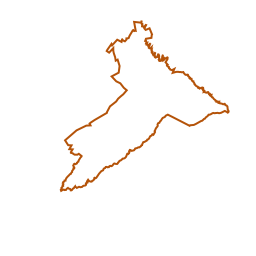 outline of Zvimba, Mashonaland West, Zimbabwe, rotated 220°
{"feature_id": "62879985B3462136177187", "entity_name": "Zvimba", "entity_type": "district", "adm_level": 2, "iso_a3": "ZWE", "parent_name": "Zimbabwe", "parent_adm1": "Mashonaland West", "projection": "equal_earth", "projection_center": [30.365, -17.376], "detail": "fine", "context": "isolated", "style": "outline", "palette": "amber", "viewbox_px": 256, "rotation_deg": 220, "n_neighbors": 0, "source": "geoboundaries", "source_scale": "gbopen_adm2", "svg_char_len": 5923}
<svg xmlns="http://www.w3.org/2000/svg" viewBox="0 0 256 256"><g transform="rotate(220 128 128)"><path d="M179.1,214.7L179.8,216.0L180.3,218.5L180.6,218.4L180.6,216.4L181.0,215.9L180.7,215.2L182.3,215.6L182.7,215.1L182.9,215.4L182.8,215.7L183.8,216.8L184.1,216.4L185.1,216.9L186.6,219.1L185.7,217.1L191.5,213.2L184.6,207.4L185.0,207.2L185.6,206.2L186.9,206.4L187.1,205.9L186.1,199.7L185.3,197.2L186.8,195.6L186.0,194.8L186.1,192.4L187.9,191.9L189.4,192.2L189.5,192.0L188.3,189.8L193.0,188.7L193.3,181.1L194.7,181.8L194.1,174.7L193.8,173.3L190.9,173.6L190.6,179.7L188.8,177.6L187.0,176.2L183.4,174.0L180.7,171.7L179.9,173.7L174.3,170.1L170.7,164.4L173.7,157.0L167.0,156.2L162.6,157.3L157.1,156.1L153.2,156.1L153.3,150.7L153.8,148.2L154.4,144.1L154.1,140.7L155.7,133.0L154.4,126.9L153.9,126.0L158.7,112.7L160.0,108.3L160.3,106.7L158.4,105.9L161.5,103.0L165.9,93.1L168.3,78.1L162.8,76.4L160.1,78.4L159.3,74.1L156.7,76.0L156.2,72.7L155.8,72.3L154.1,73.1L153.2,73.0L151.7,73.3L149.6,75.1L149.1,76.6L145.5,76.7L145.3,76.3L145.4,74.7L145.0,71.8L144.7,70.7L144.4,70.4L144.6,69.9L144.6,69.3L144.8,68.6L144.4,68.0L145.0,66.5L146.0,66.2L146.2,65.4L146.0,65.1L145.8,64.0L144.2,63.3L143.9,63.3L143.5,63.0L143.6,62.7L144.0,62.5L144.0,62.2L143.9,62.0L143.3,61.9L143.2,59.2L142.5,58.3L142.7,57.5L142.3,56.0L142.8,55.3L142.8,53.7L143.0,52.0L143.0,50.0L142.5,48.1L142.2,47.7L142.4,47.6L142.5,47.2L142.8,46.9L142.5,46.5L142.4,46.1L142.9,45.0L142.6,44.0L142.2,44.1L141.2,43.1L141.4,42.4L141.2,42.0L140.7,42.1L140.4,41.9L140.5,41.5L140.5,39.2L140.2,38.9L139.8,39.0L139.6,38.7L139.7,37.4L138.8,36.9L138.3,38.4L137.6,39.6L136.8,39.6L135.7,40.7L135.9,41.9L135.5,43.5L134.7,43.4L133.0,44.1L132.4,43.9L131.8,43.4L131.4,43.7L131.1,44.3L131.2,46.2L130.8,47.2L131.0,47.8L131.0,49.4L130.3,49.0L129.5,49.3L128.7,49.2L127.7,51.5L126.3,52.1L126.0,52.5L125.3,53.4L125.2,54.5L124.8,55.4L123.9,56.3L123.6,57.0L123.7,57.7L124.7,58.5L124.6,59.0L123.9,60.1L124.0,60.4L124.2,60.7L124.8,60.5L125.1,60.7L125.3,62.7L124.1,62.4L123.2,62.5L121.8,63.1L121.3,63.9L121.5,64.5L121.0,65.4L120.9,67.0L121.6,67.8L121.7,68.2L121.6,68.4L120.9,68.3L120.4,69.0L120.3,69.6L120.8,74.5L120.7,77.8L119.9,79.6L120.4,81.0L120.3,81.8L119.8,82.6L120.0,83.8L119.6,84.3L118.2,84.9L118.1,85.3L117.5,85.8L117.7,86.6L117.4,87.4L117.0,87.8L116.4,87.9L116.0,88.4L115.8,89.3L115.9,91.3L115.7,92.0L114.2,92.7L113.2,93.5L113.1,94.4L113.4,95.1L113.2,96.3L113.4,96.9L113.3,97.6L112.8,98.3L112.5,99.5L112.4,101.1L111.7,101.7L111.1,102.9L111.0,103.7L111.0,104.7L112.0,107.8L111.5,108.6L111.1,108.5L111.0,109.4L111.4,110.3L112.2,110.8L112.5,112.4L111.8,112.8L111.3,112.5L110.9,112.5L110.0,113.5L109.1,114.8L109.1,116.2L109.3,116.7L109.3,117.0L108.2,118.4L107.7,119.8L106.9,120.4L106.4,122.3L106.6,123.2L106.2,123.9L106.7,124.9L107.2,127.0L106.5,127.8L105.5,130.5L105.8,131.4L105.4,131.9L105.1,133.5L105.7,135.8L105.6,136.4L105.1,137.2L105.3,138.9L105.2,139.0L104.2,139.1L104.2,139.3L104.7,142.3L105.1,142.6L105.5,142.6L105.8,143.2L105.9,144.2L106.4,145.5L106.4,146.4L106.5,146.9L106.4,147.7L106.5,148.4L106.7,148.9L107.6,149.6L107.7,150.1L108.0,150.7L107.9,151.3L107.3,152.1L107.7,153.6L107.5,154.8L107.8,156.4L107.9,158.0L106.9,160.1L107.0,161.7L106.3,163.3L106.1,163.8L101.1,165.0L82.2,169.3L82.2,170.0L79.6,172.6L78.7,174.5L76.5,180.3L75.8,181.4L75.6,183.8L75.1,184.5L75.2,186.2L74.7,188.2L74.8,190.0L74.3,190.3L73.5,191.6L72.8,193.6L72.4,194.3L71.4,194.8L69.1,197.2L67.7,197.9L67.3,198.4L66.5,199.4L64.8,203.3L62.3,203.9L61.6,203.8L61.3,204.4L61.4,205.1L61.8,205.6L63.4,206.2L65.7,208.4L67.0,208.6L68.0,208.1L69.4,208.7L69.7,208.5L69.7,208.1L70.4,207.3L71.7,207.0L73.6,205.9L74.0,205.9L74.5,206.4L74.5,205.7L74.9,205.3L75.3,205.4L75.6,205.8L76.0,206.1L76.6,205.7L77.1,205.0L77.6,205.5L78.4,205.1L78.8,205.5L80.8,205.4L83.0,205.9L83.3,205.6L84.6,205.8L85.3,207.0L85.5,206.7L85.9,206.7L85.8,206.0L85.9,205.7L86.3,205.7L86.7,206.2L87.5,206.0L87.7,206.8L89.0,206.5L89.6,207.0L90.0,206.7L90.0,206.1L90.8,205.3L91.2,205.4L92.2,204.8L92.8,204.9L93.1,204.4L93.5,205.6L94.4,205.3L94.3,205.0L94.5,205.0L95.0,205.3L95.3,206.2L95.7,206.2L96.3,207.0L96.7,206.7L96.8,206.0L97.3,206.3L97.4,205.9L97.7,205.8L98.4,204.7L98.5,204.2L99.0,204.2L99.3,204.5L99.6,204.0L100.1,203.8L100.6,204.0L101.0,204.5L102.8,204.0L104.8,204.2L104.8,204.5L105.7,204.6L106.3,205.1L107.4,205.2L107.9,205.8L108.8,205.4L109.6,205.4L110.9,206.5L111.6,205.9L112.3,206.3L112.6,205.6L112.9,205.6L114.1,206.6L114.9,206.4L116.0,207.1L116.2,206.7L116.8,207.0L117.8,205.9L118.5,205.7L120.2,205.9L121.6,206.4L122.5,205.3L123.7,204.7L124.3,204.1L125.8,203.2L127.2,201.9L129.2,199.0L130.5,203.0L131.5,200.6L133.2,199.9L134.0,200.3L134.9,200.1L135.5,200.6L135.8,201.0L137.0,200.7L138.2,200.8L138.6,201.1L138.3,202.0L141.5,202.5L142.0,206.1L142.9,207.4L143.2,207.4L143.7,206.5L144.2,204.7L144.3,203.0L144.5,202.3L144.8,202.6L145.3,204.7L145.7,205.0L146.0,204.8L147.0,204.8L147.8,205.7L148.3,206.6L148.2,206.1L147.5,204.4L146.3,202.8L146.2,201.6L145.9,201.1L146.0,200.5L147.0,199.6L147.5,200.0L147.8,199.8L148.4,200.1L148.2,201.0L148.3,201.3L149.2,201.5L149.7,202.0L150.2,201.9L149.9,202.6L150.4,203.1L150.7,202.4L151.2,202.9L151.3,203.6L151.7,203.6L152.3,204.6L152.2,203.6L151.6,201.8L151.5,200.9L152.2,199.6L152.7,199.6L153.3,200.2L153.5,199.9L153.9,200.2L154.3,200.2L154.7,200.5L154.9,200.9L154.9,201.9L155.4,202.9L155.6,203.6L155.7,202.8L155.4,201.7L155.7,200.2L157.2,200.9L157.5,201.4L157.7,201.0L158.3,201.0L158.8,202.0L159.6,202.2L159.8,202.4L159.8,203.1L159.6,203.9L160.3,203.0L160.5,203.1L160.8,203.5L160.9,204.1L161.3,203.8L161.6,204.0L161.9,204.7L162.0,203.8L162.3,203.3L162.9,202.8L163.7,202.8L164.3,203.9L164.4,204.9L164.9,205.8L165.1,207.4L165.4,206.4L165.4,204.6L165.6,204.1L166.0,204.4L167.3,203.8L168.0,205.5L168.1,205.3L168.2,204.3L168.5,204.2L168.9,205.3L169.6,206.0L170.1,206.3L170.8,205.8L171.6,207.9L168.0,212.1L169.7,214.7L169.7,215.1L175.6,218.2L177.5,214.5L179.1,214.7Z" fill="none" stroke="#b45309" stroke-width="2"/></g></svg>